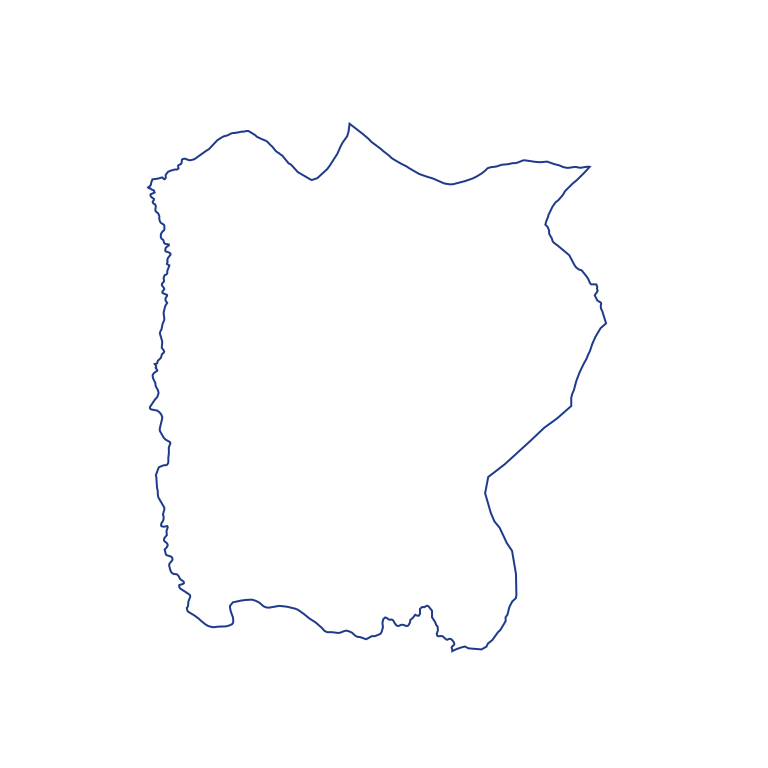 Adi Keyh, Debub, Eritrea (Albers equal-area conic projection), rotated 165°
{"feature_id": "51966322B55590653223248", "entity_name": "Adi Keyh", "entity_type": "district", "adm_level": 2, "iso_a3": "ERI", "parent_name": "Eritrea", "parent_adm1": "Debub", "projection": "albers", "projection_center": [39.429, 14.884], "detail": "fine", "context": "isolated", "style": "outline", "palette": "blue", "viewbox_px": 768, "rotation_deg": 165, "n_neighbors": 0, "source": "geoboundaries", "source_scale": "gbopen_adm2", "svg_char_len": 6166}
<svg xmlns="http://www.w3.org/2000/svg" viewBox="0 0 768 768"><g transform="rotate(165 384 384)"><path d="M387.2,108.3L383.6,109.0L378.5,109.5L373.8,109.5L370.8,106.8L358.5,102.4L353.0,103.8L350.8,106.4L345.7,108.6L338.1,114.8L335.5,116.1L330.0,121.4L327.8,123.6L327.0,127.1L324.4,129.3L321.0,135.5L319.7,137.2L316.3,140.8L312.1,143.0L310.8,145.6L305.7,166.3L303.5,189.7L306.5,198.5L309.5,215.2L312.9,222.7L314.2,232.0L314.6,252.3L307.4,267.2L288.2,275.2L256.7,291.5L240.5,300.3L225.6,306.0L208.8,314.3L206.7,322.3L204.7,325.8L202.2,328.9L197.5,337.1L192.0,344.7L186.0,351.7L181.7,356.1L179.7,358.9L176.5,362.6L172.5,368.7L167.6,374.8L160.3,381.9L153.8,385.1L154.3,397.8L154.9,400.8L154.4,403.4L153.4,405.5L153.5,406.5L156.3,409.4L157.5,415.1L153.5,418.6L153.6,420.8L152.9,422.5L153.1,425.2L158.2,426.7L159.0,428.5L159.5,432.5L160.5,435.5L163.7,442.7L166.2,444.2L168.3,447.0L169.3,449.8L171.7,460.4L180.4,472.8L183.6,476.8L184.2,478.7L184.2,481.1L185.6,486.4L184.8,489.7L185.3,493.4L186.9,496.2L184.9,499.6L182.1,503.2L181.5,504.6L175.4,511.6L171.1,515.2L168.2,516.3L162.3,520.3L159.2,523.4L156.2,525.2L149.5,529.0L145.0,531.0L135.9,536.2L129.2,540.5L130.9,541.2L138.4,542.0L143.0,544.2L150.2,545.1L151.9,545.7L154.8,547.2L158.1,549.8L162.7,552.4L168.9,556.6L175.7,557.8L180.1,559.3L190.0,563.6L191.9,564.0L197.5,563.3L200.1,563.3L202.3,564.0L207.1,564.2L213.5,565.3L219.5,565.0L225.2,565.8L228.1,565.6L231.1,563.9L234.9,562.2L240.6,560.5L245.1,559.6L253.3,559.0L265.6,559.1L268.7,559.8L273.9,562.1L283.6,569.9L288.7,573.0L295.7,577.8L303.5,585.6L306.0,588.4L310.7,592.6L315.8,597.7L318.2,600.3L320.2,603.6L324.4,609.1L326.2,611.9L333.4,621.0L335.6,625.0L339.7,630.9L349.9,644.3L353.0,636.8L355.5,632.8L361.5,627.9L364.4,624.8L369.4,618.5L380.0,608.9L383.2,606.3L395.1,600.1L400.9,599.7L402.2,600.7L412.4,611.0L415.9,617.9L417.4,620.4L419.0,621.8L423.3,631.3L424.6,632.4L425.5,634.0L426.4,634.7L428.2,637.0L430.4,642.1L431.9,644.3L433.9,648.1L435.1,649.5L439.1,652.5L442.7,655.6L444.0,657.7L449.4,663.4L451.1,663.9L454.7,664.1L455.9,664.6L461.1,664.8L461.8,665.2L463.1,665.0L464.7,665.5L466.3,665.6L471.5,664.6L474.5,664.7L476.5,664.3L481.9,662.6L492.4,656.1L495.6,655.2L509.0,650.2L512.7,650.2L514.7,650.8L517.7,653.1L520.0,653.4L521.1,653.0L522.3,650.0L523.2,649.0L525.8,648.6L526.5,648.0L526.7,645.4L528.4,644.7L530.3,645.3L533.9,645.3L535.9,645.2L537.9,644.7L540.8,642.5L541.4,639.6L542.9,638.6L543.8,639.2L544.3,640.4L545.0,641.0L549.2,640.9L554.7,641.6L556.8,638.7L557.4,637.2L558.3,636.1L561.0,634.9L560.1,633.6L559.0,633.4L557.9,631.8L556.2,630.5L556.0,628.3L560.1,627.7L560.7,627.1L560.8,625.9L560.1,624.4L558.3,622.3L558.7,621.2L560.3,619.9L560.3,619.0L560.0,618.1L558.6,616.6L558.4,614.8L559.9,611.1L559.8,609.8L557.9,607.1L557.6,604.2L558.4,601.4L558.3,598.9L557.9,597.5L555.4,594.8L555.2,593.8L556.1,590.1L557.0,589.2L558.5,588.6L560.7,586.6L561.6,583.5L561.3,582.0L559.9,580.1L559.9,577.1L559.1,576.0L555.8,574.5L556.0,573.5L558.9,572.5L559.8,571.7L560.8,569.6L560.5,568.5L557.8,566.8L556.6,565.4L556.6,564.3L560.3,561.4L561.4,559.4L561.3,558.4L562.6,556.1L560.6,554.1L564.1,549.2L564.8,546.8L565.9,546.1L567.6,545.9L569.0,544.3L569.6,542.6L569.6,541.2L570.1,539.9L572.6,538.3L573.0,536.9L571.6,533.3L571.8,532.3L573.6,531.1L574.4,530.1L574.2,529.0L570.6,526.3L570.6,525.5L572.9,523.2L573.2,522.5L573.4,520.9L572.4,518.5L575.1,516.0L578.3,510.2L578.9,507.3L579.2,504.3L579.9,502.4L582.3,499.4L584.8,494.3L585.9,493.3L587.4,491.1L587.2,482.4L589.3,476.4L588.2,473.8L587.9,472.3L588.6,471.3L590.8,470.3L592.3,467.6L593.2,466.7L596.3,465.1L597.9,462.6L600.3,462.6L599.5,460.5L599.6,459.4L600.4,458.8L599.5,456.6L599.6,455.5L603.4,454.1L605.0,452.7L605.4,451.7L605.6,449.3L604.6,443.9L605.1,441.2L604.0,436.6L604.0,434.0L604.3,433.2L606.3,430.2L609.5,428.1L615.9,422.5L616.4,421.4L616.1,420.4L615.4,419.7L609.9,417.0L608.1,414.7L607.0,412.0L606.8,409.3L607.3,407.8L611.7,399.8L612.5,397.8L612.6,396.5L610.6,388.8L609.2,386.7L605.9,383.4L605.6,382.2L608.3,378.3L609.6,373.2L611.5,368.3L612.5,364.4L613.2,363.2L614.3,362.3L615.3,362.0L618.0,362.5L622.9,361.9L623.8,360.9L628.0,354.9L628.0,353.0L630.1,342.6L630.2,339.6L631.3,334.4L631.2,332.4L628.2,321.5L628.6,319.7L631.4,315.0L631.1,313.7L631.8,310.7L632.9,309.0L635.2,306.9L636.0,304.8L635.2,303.8L633.8,303.2L630.1,302.8L630.0,301.5L632.2,298.2L632.9,294.2L636.2,291.9L636.9,290.2L636.9,289.2L634.9,286.4L634.6,285.3L634.7,284.0L636.1,282.5L638.7,280.9L638.8,276.0L638.5,275.1L634.2,272.3L633.5,270.7L633.7,269.2L634.2,268.5L637.7,266.0L638.5,264.4L638.6,259.4L638.2,257.4L637.8,256.4L636.4,255.0L633.3,253.8L632.2,251.9L631.3,248.1L629.2,245.7L628.6,244.6L628.9,243.3L630.0,242.9L633.7,242.8L634.2,242.0L634.2,240.4L633.9,239.3L626.6,231.2L626.0,229.9L626.3,228.5L628.8,225.2L629.5,223.9L630.6,220.6L631.2,219.6L632.5,218.7L632.5,215.6L631.9,214.5L627.4,209.9L623.7,205.3L621.7,202.1L618.5,197.8L616.5,195.8L614.4,194.5L611.7,193.2L606.8,192.5L599.5,190.8L595.8,190.8L592.8,191.4L592.0,192.0L591.1,193.3L590.3,197.4L590.9,204.3L590.5,208.7L590.1,209.6L586.5,212.2L578.2,211.8L573.5,211.2L567.4,209.9L564.0,207.8L561.2,205.3L557.9,200.5L555.7,198.7L552.9,197.7L542.6,196.8L535.6,194.1L527.8,189.9L525.5,188.1L520.9,182.6L516.9,177.0L511.8,171.4L507.2,164.6L505.4,161.0L503.2,159.0L499.0,157.9L492.7,155.4L490.6,155.1L487.0,155.6L484.3,155.6L481.7,154.1L479.3,152.1L477.0,148.5L475.1,146.6L472.9,145.9L467.3,142.1L460.9,143.6L458.0,142.8L453.0,143.4L451.8,143.8L450.3,145.4L448.0,149.3L447.3,153.9L445.4,157.1L443.3,158.2L442.0,157.4L440.2,155.2L438.9,154.6L437.7,154.6L436.8,153.9L436.1,152.7L435.7,150.7L434.6,147.7L433.2,146.7L432.3,146.5L429.7,146.9L428.8,146.8L426.6,145.7L425.6,144.7L423.9,144.2L422.7,144.7L420.5,147.1L419.7,149.2L416.9,150.5L413.6,153.0L412.9,152.2L410.4,151.1L408.6,152.8L407.5,157.4L405.0,158.7L402.6,158.0L400.6,158.7L399.4,158.5L398.6,157.8L396.3,152.5L398.0,146.2L396.2,140.7L396.0,138.1L395.0,135.5L395.8,131.9L397.7,129.1L397.7,127.1L396.9,126.3L394.1,125.8L392.7,125.2L390.0,121.1L389.1,120.6L386.8,121.0L385.3,120.3L384.3,118.7L383.3,116.2L383.4,114.8L383.7,114.0L386.3,112.7L386.9,112.0L386.8,109.4L387.2,108.3Z" fill="none" stroke="#1e3a8a" stroke-width="2"/></g></svg>